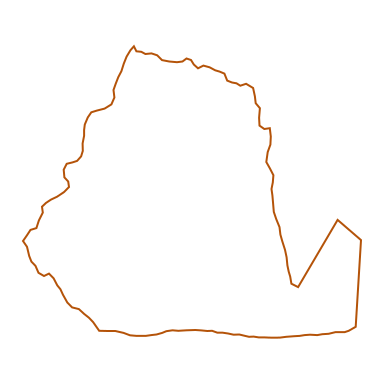 the district of Cajazeirinhas, Paraíba, Brazil
{"feature_id": "56859067B75006307595902", "entity_name": "Cajazeirinhas", "entity_type": "district", "adm_level": 2, "iso_a3": "BRA", "parent_name": "Brazil", "parent_adm1": "Paraíba", "projection": "equal_earth", "projection_center": [-37.807, -6.945], "detail": "fine", "context": "isolated", "style": "outline", "palette": "amber", "viewbox_px": 384, "rotation_deg": 0, "n_neighbors": 0, "source": "geoboundaries", "source_scale": "gbopen_adm2", "svg_char_len": 1907}
<svg xmlns="http://www.w3.org/2000/svg" viewBox="0 0 384 384"><path d="M209.6,67.3L203.4,65.6L198.0,68.3L193.8,64.5L191.0,60.0L186.5,58.5L182.5,61.5L177.0,62.2L169.2,61.5L162.0,60.1L157.2,55.3L151.5,53.4L145.4,54.0L141.3,51.8L136.4,51.3L133.9,46.3L130.4,50.3L126.6,56.6L123.8,63.6L121.4,71.2L118.3,77.1L115.8,83.5L113.5,90.0L114.4,97.5L111.4,104.4L104.6,108.6L96.8,110.6L91.3,112.3L87.8,117.4L84.8,124.5L84.1,130.0L84.1,135.8L82.6,143.5L82.8,150.9L81.1,156.4L77.1,160.9L72.5,162.4L66.7,163.8L63.7,169.7L64.4,177.4L68.2,181.5L69.0,187.0L64.1,192.0L57.1,196.7L51.0,199.6L46.0,202.9L42.0,206.7L42.8,212.6L38.9,220.4L36.4,228.1L30.5,229.9L26.9,235.4L23.0,241.0L27.0,246.8L29.2,256.0L31.4,261.6L35.5,265.9L38.5,272.8L44.0,276.0L49.0,273.6L53.6,278.3L57.3,285.4L60.4,289.2L63.0,294.8L67.3,302.5L72.1,307.4L78.9,309.1L84.1,313.9L88.9,317.7L93.1,322.1L99.2,330.8L107.7,331.0L115.3,331.0L123.6,332.9L130.0,335.3L136.7,335.9L145.6,335.9L152.0,335.0L156.5,334.5L162.2,332.9L166.3,331.2L172.5,330.3L178.3,330.8L186.5,330.3L195.3,330.0L201.3,330.4L207.3,331.0L212.1,330.8L217.4,332.7L222.7,332.7L228.1,333.5L233.6,334.7L239.3,334.5L245.1,335.9L249.0,336.8L253.6,336.6L258.8,337.4L264.5,337.4L268.9,337.6L273.5,337.7L280.0,337.6L286.3,336.8L294.3,336.2L299.6,335.9L304.6,335.1L310.0,334.7L317.3,335.1L322.3,334.2L328.6,333.8L335.6,332.1L340.2,332.1L344.8,332.1L348.7,330.8L355.7,326.8L361.0,240.1L337.6,219.9L298.1,287.1L291.4,283.7L290.2,276.6L288.7,271.6L287.4,265.4L286.6,257.3L285.0,249.8L282.3,241.3L280.4,234.6L279.5,227.1L276.2,219.0L273.8,211.9L273.0,202.3L272.4,195.4L271.5,189.0L272.8,182.5L273.4,175.2L269.9,168.4L266.3,162.0L267.7,152.1L270.4,144.6L270.8,136.5L269.8,128.2L264.3,129.0L259.5,125.6L259.1,117.7L259.9,108.2L255.7,103.2L254.9,96.4L253.1,88.0L246.1,83.8L240.3,85.7L236.5,83.3L232.0,82.5L227.2,80.6L224.4,73.6L219.6,71.6L215.2,70.3L209.6,67.3Z" fill="none" stroke="#b45309" stroke-width="2"/></svg>